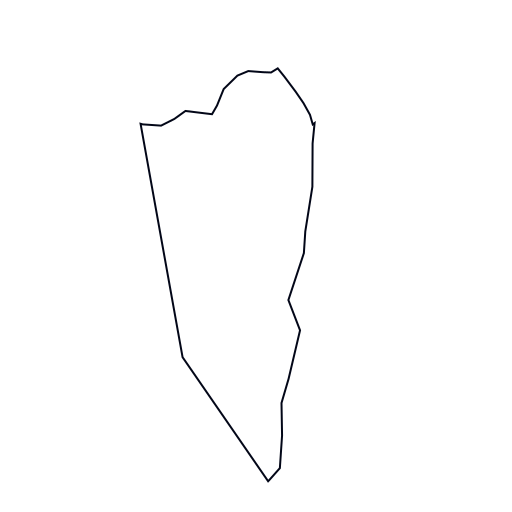 the district of Calvary/Calvaire, Soufrière, Saint Lucia, rotated 48°
{"feature_id": "8701671B5799269287632", "entity_name": "Calvary/Calvaire", "entity_type": "district", "adm_level": 2, "iso_a3": "LCA", "parent_name": "Saint Lucia", "parent_adm1": "Soufrière", "projection": "orthographic", "projection_center": [-61.057, 13.851], "detail": "fine", "context": "isolated", "style": "outline", "palette": "ink", "viewbox_px": 512, "rotation_deg": 48, "n_neighbors": 0, "source": "geoboundaries", "source_scale": "gbopen_adm2", "svg_char_len": 569}
<svg xmlns="http://www.w3.org/2000/svg" viewBox="0 0 512 512"><g transform="rotate(48 256 256)"><path d="M131.1,114.3L129.7,122.0L124.3,127.6L113.4,138.0L109.5,149.1L110.3,168.3L118.1,184.3L121.2,193.8L115.7,198.6L101.0,211.4L99.5,225.0L95.6,239.3L82.4,252.1L80.5,253.3L282.1,378.3L431.5,397.7L431.4,396.2L429.6,380.2L406.9,356.8L382.3,335.4L369.1,314.0L340.7,273.0L310.4,261.4L285.9,218.5L270.7,202.9L242.3,167.8L210.2,138.6L196.4,123.5L196.2,125.8L187.2,121.4L174.1,118.4L160.5,116.6L141.8,114.9L131.1,114.3Z" fill="none" stroke="#020617" stroke-width="2"/></g></svg>